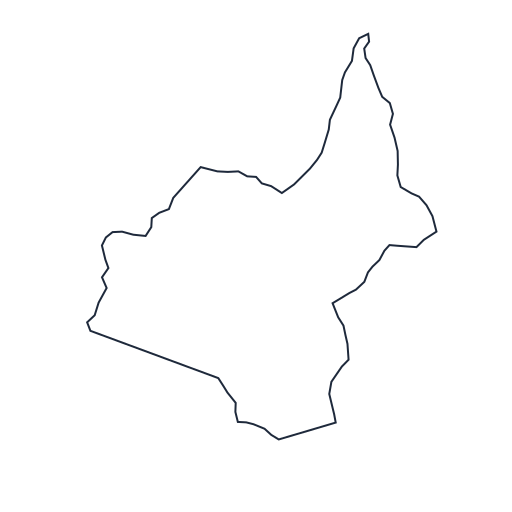 Saltinho, São Paulo, Brazil, rotated 344°
{"feature_id": "56859067B49656029802383", "entity_name": "Saltinho", "entity_type": "district", "adm_level": 2, "iso_a3": "BRA", "parent_name": "Brazil", "parent_adm1": "São Paulo", "projection": "mercator", "projection_center": [-47.719, -22.866], "detail": "fine", "context": "isolated", "style": "outline", "palette": "slate", "viewbox_px": 512, "rotation_deg": 344, "n_neighbors": 0, "source": "geoboundaries", "source_scale": "gbopen_adm2", "svg_char_len": 1354}
<svg xmlns="http://www.w3.org/2000/svg" viewBox="0 0 512 512"><g transform="rotate(344 256 256)"><path d="M76.2,282.3L186.1,363.0L188.7,371.6L190.9,379.4L196.0,391.6L193.2,400.2L192.8,410.5L200.7,413.2L207.2,417.0L216.6,424.4L221.4,432.2L227.3,438.6L286.7,438.1L287.5,429.7L287.9,420.1L288.4,408.8L293.8,397.7L308.1,385.9L316.4,381.2L319.7,365.7L320.2,356.5L320.9,347.0L318.1,337.6L316.6,322.5L335.7,317.3L342.8,315.9L353.0,310.7L359.1,302.6L365.1,298.3L373.5,293.9L380.9,286.3L387.3,282.3L394.4,285.0L401.2,287.5L412.7,291.7L421.8,286.7L436.2,282.3L436.6,266.3L433.9,254.2L429.1,243.9L422.8,238.7L414.1,229.6L414.1,217.5L417.6,207.3L421.1,194.1L421.8,180.4L421.1,166.7L426.8,157.1L426.8,145.9L421.2,137.8L420.0,128.2L419.0,114.8L418.4,104.0L415.9,95.9L417.2,86.4L423.8,81.1L425.1,73.4L415.2,75.1L407.1,83.3L402.0,94.9L392.1,104.0L387.4,110.6L384.2,118.3L380.6,127.0L374.3,134.3L364.6,145.4L360.8,154.5L353.0,166.6L347.6,174.8L341.2,180.4L331.9,186.9L312.3,197.7L298.2,202.6L289.8,193.0L281.6,187.8L277.9,180.0L269.5,177.0L262.4,169.8L252.1,167.4L242.2,164.0L227.3,155.3L192.5,177.3L185.2,186.9L174.9,187.8L166.3,190.8L163.3,199.4L155.4,206.3L143.9,201.7L134.0,195.7L124.7,193.5L116.8,196.8L110.8,203.4L110.2,218.0L110.8,226.9L102.1,234.0L103.6,245.6L91.9,257.4L84.6,268.5L75.4,273.2L76.2,282.3Z" fill="none" stroke="#1e293b" stroke-width="2"/></g></svg>